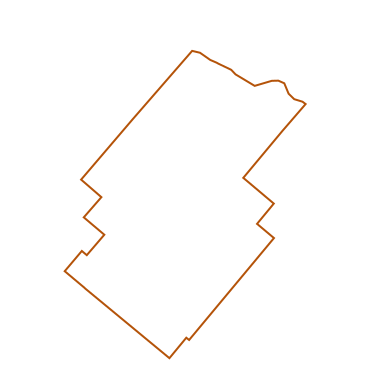 the district of Morrow, Oregon, United States of America, rotated 40°
{"feature_id": "52423323B45995509700090", "entity_name": "Morrow", "entity_type": "district", "adm_level": 2, "iso_a3": "USA", "parent_name": "United States of America", "parent_adm1": "Oregon", "projection": "orthographic", "projection_center": [-119.627, 45.46], "detail": "fine", "context": "isolated", "style": "outline", "palette": "amber", "viewbox_px": 384, "rotation_deg": 40, "n_neighbors": 0, "source": "geoboundaries", "source_scale": "gbopen_adm2", "svg_char_len": 578}
<svg xmlns="http://www.w3.org/2000/svg" viewBox="0 0 384 384"><g transform="rotate(40 192 192)"><path d="M281.5,333.8L281.3,307.3L284.9,307.2L284.4,174.6L262.3,174.6L262.1,148.3L222.2,148.2L222.0,87.0L222.5,51.6L218.6,51.8L210.6,55.2L202.8,54.6L192.8,49.4L186.6,51.2L181.7,55.5L171.8,70.4L149.8,73.9L143.5,73.2L129.5,76.8L129.4,76.8L127.8,77.1L121.1,79.1L108.6,80.2L101.4,83.8L99.8,174.2L99.1,253.8L125.9,254.2L125.4,281.0L152.3,281.1L152.0,308.0L145.5,308.0L145.5,312.1L145.4,334.5L171.1,334.5L172.3,334.6L281.5,333.8Z" fill="none" stroke="#b45309" stroke-width="2"/></g></svg>